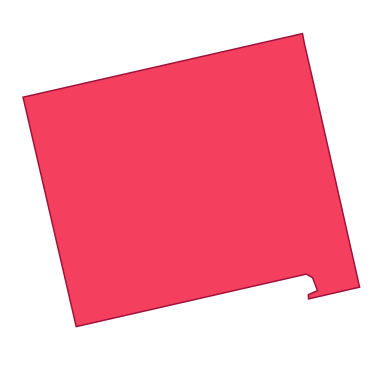 Cottle, Texas, United States of America (Robinson projection), rotated 77°
{"feature_id": "52423323B25180232244393", "entity_name": "Cottle", "entity_type": "district", "adm_level": 2, "iso_a3": "USA", "parent_name": "United States of America", "parent_adm1": "Texas", "projection": "robinson", "projection_center": [-100.209, 34.075], "detail": "fine", "context": "isolated", "style": "filled", "palette": "rose", "viewbox_px": 384, "rotation_deg": 77, "n_neighbors": 0, "source": "geoboundaries", "source_scale": "gbopen_adm2", "svg_char_len": 303}
<svg xmlns="http://www.w3.org/2000/svg" viewBox="0 0 384 384"><g transform="rotate(77 192 192)"><path d="M112.3,49.1L72.1,49.1L62.5,48.7L61.6,335.3L297.1,335.1L297.7,99.2L302.6,93.8L316.3,91.9L318.2,101.7L322.4,102.5L322.4,50.1L112.3,49.1Z" fill="#f43f5e" stroke="#9f1239" stroke-width="1.5"/></g></svg>